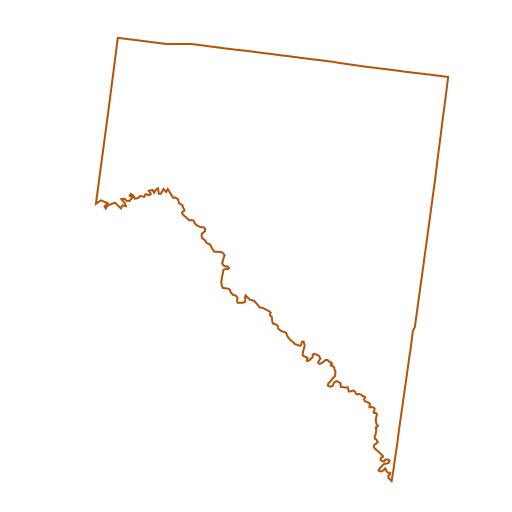 outline of San Juan, Utah, United States of America, rotated 278°
{"feature_id": "52423323B48895226682919", "entity_name": "San Juan", "entity_type": "district", "adm_level": 2, "iso_a3": "USA", "parent_name": "United States of America", "parent_adm1": "Utah", "projection": "orthographic", "projection_center": [-110.349, 37.749], "detail": "fine", "context": "isolated", "style": "outline", "palette": "amber", "viewbox_px": 512, "rotation_deg": 278, "n_neighbors": 0, "source": "geoboundaries", "source_scale": "gbopen_adm2", "svg_char_len": 4162}
<svg xmlns="http://www.w3.org/2000/svg" viewBox="0 0 512 512"><g transform="rotate(278 256 256)"><path d="M177.0,302.8L176.2,304.1L174.2,306.9L173.4,311.0L173.2,312.2L174.5,313.2L176.5,313.2L177.7,313.7L177.9,315.1L176.8,315.5L174.1,316.7L168.1,315.9L164.2,316.0L163.1,318.0L163.0,319.5L162.3,321.1L161.0,320.9L159.8,320.7L159.1,321.4L159.1,321.9L160.9,323.9L163.9,326.3L166.3,325.8L167.4,327.6L166.8,329.2L166.2,331.4L165.5,332.6L163.2,334.1L161.0,332.8L159.5,332.3L158.0,333.4L158.2,334.6L159.8,336.8L161.4,338.2L162.7,339.3L163.0,341.5L161.6,342.8L161.3,344.8L159.9,346.3L159.1,345.2L157.7,345.8L157.6,347.5L156.6,348.9L155.1,349.3L152.5,350.8L148.2,351.0L145.5,349.1L143.1,347.7L139.8,345.3L137.7,345.1L136.9,347.9L138.3,350.1L140.8,350.7L142.5,351.8L143.3,353.8L141.9,357.3L138.2,358.2L138.2,363.0L138.8,365.1L137.1,365.9L135.6,366.3L134.7,366.8L135.2,368.8L136.1,370.1L136.3,371.5L135.3,373.1L133.7,373.9L132.9,375.6L133.7,376.7L133.4,379.2L132.1,381.0L132.2,382.2L131.4,383.7L130.3,383.5L128.9,382.9L127.4,384.2L127.0,385.8L126.4,388.2L124.9,389.6L124.0,389.3L122.0,389.4L122.5,391.3L122.4,393.2L121.6,394.7L119.7,394.7L118.7,394.4L117.7,394.1L117.0,394.8L117.2,395.5L117.0,397.1L115.7,397.8L114.0,397.6L111.1,397.3L106.5,398.6L104.9,400.4L103.5,399.5L103.0,398.5L101.2,399.1L99.7,399.4L95.5,399.2L93.5,398.6L91.5,399.3L91.0,400.7L88.6,402.5L86.7,400.9L85.7,399.5L83.6,399.1L82.1,400.1L78.9,405.1L75.7,409.4L74.9,409.7L74.0,408.8L73.5,407.7L71.2,407.8L70.6,409.6L70.2,411.2L71.7,412.2L72.4,412.4L72.8,415.0L72.0,416.7L69.6,416.2L69.0,415.1L67.5,411.2L64.3,409.0L62.6,408.0L60.7,407.2L60.1,408.2L60.1,410.3L61.9,412.3L63.7,413.6L62.6,414.4L61.0,415.1L59.8,417.1L60.0,419.0L58.0,418.9L56.9,417.6L54.6,418.1L52.0,421.6L64.7,421.9L68.9,421.8L90.3,422.0L102.2,421.8L158.1,421.9L180.2,421.9L180.3,422.0L184.9,422.0L202.4,421.8L204.1,422.0L207.8,423.2L287.1,423.0L290.8,423.0L313.0,422.9L357.3,422.7L380.3,422.3L400.5,422.1L401.1,422.1L420.2,421.8L420.5,421.8L421.4,421.8L424.3,421.8L426.6,421.8L435.9,421.7L460.0,421.4L459.8,405.1L459.8,404.6L459.8,402.0L459.7,399.8L459.7,396.9L459.7,396.4L459.3,381.9L459.2,376.5L459.3,374.5L459.2,365.9L458.7,338.1L458.8,313.7L458.8,310.4L459.0,303.6L458.7,287.3L458.6,284.3L458.6,282.9L458.5,273.6L458.4,263.5L458.4,263.1L458.4,257.1L458.2,255.0L458.2,243.8L458.0,235.9L458.0,234.6L457.9,227.7L457.9,225.9L457.9,220.1L457.4,205.3L457.4,200.2L457.3,199.7L457.0,165.6L457.0,163.0L454.5,145.3L453.5,138.5L452.8,88.8L380.8,89.6L285.4,90.2L289.5,94.6L287.7,101.8L283.8,99.1L282.1,100.7L285.1,101.9L289.2,108.8L284.3,115.7L287.6,116.7L287.2,120.2L289.8,118.9L293.6,114.8L294.4,117.7L292.6,120.3L292.9,123.1L296.9,125.5L298.1,122.5L300.1,123.4L298.5,126.3L295.9,128.0L296.7,130.7L299.3,133.0L299.0,136.9L301.8,138.0L301.3,141.7L302.8,143.3L305.7,140.8L307.0,144.2L304.4,146.3L307.2,147.1L309.3,149.6L304.1,151.1L304.4,153.2L309.5,155.0L306.9,158.2L310.0,159.3L302.1,165.9L302.6,167.3L302.7,167.8L301.5,170.8L297.4,172.6L296.2,175.9L293.1,177.5L291.9,178.7L290.9,178.8L290.2,177.9L289.5,177.0L288.5,176.7L287.2,177.5L286.4,178.6L285.6,179.4L285.2,180.4L284.6,181.5L283.6,182.4L282.8,183.8L282.1,184.9L282.3,186.4L282.6,187.5L282.4,189.2L280.8,190.3L278.8,191.8L277.7,194.3L276.9,197.1L277.1,200.4L276.0,201.8L273.4,202.0L272.3,200.9L270.8,199.4L268.9,199.3L266.9,199.7L265.8,200.7L265.4,201.9L263.8,203.9L262.8,204.4L261.7,206.0L261.2,208.5L259.8,209.7L257.9,211.2L256.4,212.2L254.4,214.1L254.8,217.5L255.1,220.8L254.5,222.8L252.2,224.9L250.1,224.3L245.9,223.8L244.0,223.5L241.9,225.4L241.5,228.1L241.7,229.3L240.4,230.8L239.4,230.3L238.8,227.5L237.8,225.7L233.6,225.5L230.2,225.3L225.9,225.2L222.4,226.0L219.8,227.5L219.8,231.0L219.8,232.9L219.0,234.9L217.3,235.5L214.4,238.3L214.0,241.3L212.0,243.5L209.6,243.5L208.4,243.5L207.1,244.7L207.5,246.9L207.9,249.6L209.0,251.4L211.6,251.6L213.7,250.8L215.5,251.3L214.7,252.3L211.9,256.2L211.3,260.3L208.2,264.2L205.6,266.6L205.5,270.0L203.9,274.7L203.2,276.7L202.0,278.4L201.7,278.2L199.4,277.9L197.7,280.2L193.9,281.1L191.5,282.1L191.1,284.8L190.1,287.1L187.2,288.0L185.0,291.8L184.5,296.1L180.1,298.9L177.7,301.7L177.0,302.8Z" fill="none" stroke="#b45309" stroke-width="2"/></g></svg>